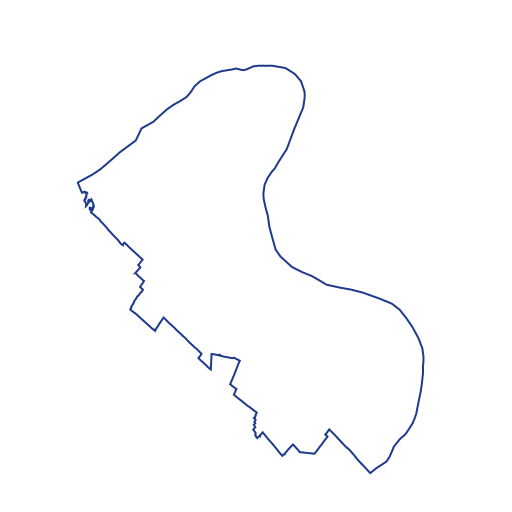 the district of Burila Mare, Mehedinti, Romania, rotated 102°
{"feature_id": "2599482B63119685447246", "entity_name": "Burila Mare", "entity_type": "district", "adm_level": 2, "iso_a3": "ROU", "parent_name": "Romania", "parent_adm1": "Mehedinti", "projection": "robinson", "projection_center": [22.586, 44.474], "detail": "fine", "context": "isolated", "style": "outline", "palette": "blue", "viewbox_px": 512, "rotation_deg": 102, "n_neighbors": 0, "source": "geoboundaries", "source_scale": "gbopen_adm2", "svg_char_len": 5949}
<svg xmlns="http://www.w3.org/2000/svg" viewBox="0 0 512 512"><g transform="rotate(102 256 256)"><path d="M331.8,367.5L332.1,367.2L332.3,367.2L333.4,367.6L333.7,367.7L334.5,367.9L334.7,367.5L335.3,366.4L336.5,363.9L337.1,362.6L337.1,362.3L337.1,362.2L341.3,355.0L342.4,353.1L344.9,348.8L345.2,348.2L346.7,345.7L347.7,343.9L348.1,343.4L349.5,340.8L349.1,340.5L350.2,339.0L349.9,338.9L349.2,338.9L348.2,338.6L342.2,336.4L335.4,333.6L336.0,332.6L336.5,331.7L339.2,327.8L340.0,326.5L340.4,325.5L341.7,323.5L342.5,322.0L343.8,319.9L345.1,318.3L345.4,317.7L345.7,316.9L347.0,315.0L347.8,313.4L348.6,312.2L349.3,311.2L350.4,309.1L350.6,308.9L351.1,307.8L351.9,306.7L352.2,306.4L352.7,305.7L353.0,305.2L353.1,304.9L354.9,302.4L355.1,302.0L355.3,301.5L355.9,300.7L356.3,300.0L356.5,299.5L356.9,298.9L357.2,298.5L358.4,296.5L358.9,295.4L359.2,294.6L359.7,294.0L363.0,288.9L363.3,288.9L364.0,289.2L367.7,291.1L367.8,291.1L368.0,290.8L370.3,287.2L371.2,285.3L371.7,284.8L372.4,283.6L372.7,282.9L373.4,281.7L374.2,280.7L374.8,279.7L375.3,278.9L375.3,278.6L376.4,276.9L376.5,276.6L361.1,279.1L361.0,278.4L360.9,277.1L360.8,271.3L360.2,271.3L360.2,270.7L360.8,270.6L361.0,270.4L361.0,269.6L361.1,265.6L361.0,264.4L361.0,261.5L360.9,258.9L360.8,257.7L360.7,257.1L360.5,256.8L360.2,256.7L360.1,256.4L360.8,253.8L361.8,250.1L364.6,250.7L370.3,251.6L372.6,252.0L376.8,252.7L386.9,254.6L388.5,251.3L390.2,247.5L396.3,248.8L399.6,242.4L400.7,240.0L402.0,237.6L402.8,236.0L404.0,233.6L404.7,232.2L404.7,231.7L407.5,226.0L408.9,222.7L409.9,222.9L411.7,223.4L412.3,223.1L414.9,224.3L415.0,223.7L414.7,223.4L414.8,223.3L415.4,223.4L415.7,222.9L416.2,222.7L416.5,222.3L417.3,222.8L418.2,222.9L418.5,223.1L419.6,221.9L421.6,223.1L422.5,222.0L423.5,221.1L426.4,222.7L427.2,221.6L429.3,219.4L431.2,219.6L432.0,218.7L432.6,218.5L433.2,217.8L433.9,216.9L432.5,216.1L432.0,215.5L431.7,215.3L431.5,215.0L431.6,214.5L431.4,214.5L431.1,215.0L430.3,214.6L427.1,212.7L428.1,211.6L433.1,205.3L434.0,204.1L435.4,202.1L436.1,201.3L436.4,200.6L437.2,199.8L437.9,198.9L441.5,194.4L443.5,192.2L444.9,190.2L445.5,189.6L446.0,188.7L445.3,188.3L444.5,188.1L444.5,187.5L444.0,186.6L443.7,186.4L443.0,186.4L442.5,186.5L442.0,186.2L441.1,185.6L438.8,184.4L435.7,182.5L432.7,180.7L433.3,179.7L436.0,175.8L436.4,175.4L438.7,172.5L438.8,171.9L438.5,170.2L438.1,165.6L437.9,163.2L437.5,160.7L437.3,157.9L437.2,157.6L435.3,156.7L429.1,153.8L426.8,152.6L425.3,152.0L422.4,150.7L417.9,148.5L417.7,148.5L417.5,148.8L416.8,150.0L416.4,151.0L416.1,151.2L415.1,150.6L414.9,150.2L413.6,149.7L410.4,148.3L412.2,145.5L416.0,139.8L420.5,133.5L420.4,133.5L424.3,128.0L424.7,127.4L424.5,127.1L424.8,126.5L427.9,121.8L428.1,121.7L432.1,116.5L432.3,116.6L436.5,110.9L436.4,110.9L436.7,110.4L444.6,99.1L439.6,95.0L437.7,93.4L434.9,90.5L429.9,85.6L424.6,83.6L416.3,81.9L414.3,81.7L411.6,80.4L405.0,77.1L401.0,74.0L398.3,72.3L392.4,70.0L387.2,68.1L383.2,67.3L379.7,66.8L376.4,66.4L375.3,66.5L362.3,66.7L355.4,66.7L347.6,67.1L335.6,68.3L329.4,69.7L324.2,70.3L319.2,71.4L311.9,74.0L302.9,79.8L293.1,88.1L285.5,96.1L278.6,104.4L274.4,113.2L272.1,125.8L269.6,143.9L269.1,156.0L269.5,167.4L269.4,181.1L266.4,189.8L264.1,196.8L262.1,207.8L259.3,218.5L251.5,231.9L245.7,238.1L233.7,244.4L224.6,249.0L214.0,252.9L206.3,256.9L198.9,260.2L193.9,261.7L184.5,262.4L177.4,260.9L170.8,258.3L166.1,255.7L159.5,253.6L144.9,248.1L123.8,245.0L100.9,240.7L92.5,241.2L87.9,241.9L84.8,242.9L75.7,248.3L70.0,255.7L68.6,259.2L66.0,266.4L66.5,279.6L68.1,286.9L69.3,293.0L71.1,298.1L75.5,304.2L76.6,306.2L77.0,308.3L76.7,314.3L78.3,317.7L82.1,327.5L84.4,331.8L88.1,337.0L96.8,347.1L102.8,351.4L109.7,354.1L114.9,357.0L120.6,362.8L125.2,368.1L131.0,373.5L139.0,379.4L145.9,384.2L148.7,387.3L152.0,391.1L155.0,394.5L168.0,397.6L182.8,410.7L192.7,418.0L202.9,425.8L206.6,429.2L211.2,433.9L221.2,445.6L228.5,440.7L230.3,439.3L229.3,438.0L229.6,437.5L229.3,437.1L229.2,436.6L229.1,436.8L228.8,436.7L229.2,436.2L229.2,435.9L229.5,435.6L229.1,435.2L229.1,434.8L229.1,434.5L229.7,434.1L230.0,434.3L230.5,435.1L231.4,434.6L232.2,434.4L232.5,434.6L232.9,434.5L233.0,434.7L234.1,434.2L234.5,434.4L235.0,435.1L236.0,434.7L236.6,435.4L236.9,435.3L237.3,435.3L237.6,435.4L237.6,435.1L237.8,435.0L238.2,434.7L238.6,434.1L241.1,432.4L241.3,432.5L241.3,432.8L241.8,432.8L242.0,432.6L242.4,432.6L242.5,432.6L242.1,432.3L239.4,431.4L238.6,430.9L238.1,430.9L238.1,431.1L237.9,431.3L237.4,431.3L237.3,431.5L236.7,431.7L235.8,431.2L235.7,430.8L236.0,430.8L235.9,430.5L236.1,430.2L236.7,430.2L237.1,429.8L236.7,429.4L236.1,429.0L235.5,429.0L234.8,428.8L235.0,428.6L235.5,428.4L236.2,428.1L237.7,426.8L239.0,425.9L239.6,425.4L239.9,425.3L240.3,425.8L240.7,425.6L240.9,425.3L241.4,424.8L241.9,424.9L241.7,425.3L242.6,425.8L243.1,425.5L243.3,425.2L244.9,425.4L245.0,425.6L245.0,425.9L244.1,427.0L243.3,427.6L243.1,428.1L243.3,428.7L243.7,428.8L244.2,428.6L244.9,428.2L245.8,427.3L246.5,426.4L246.4,426.1L246.6,426.0L247.4,426.2L247.7,426.3L247.8,426.3L247.8,426.0L248.8,424.1L249.9,422.2L250.1,421.8L250.4,421.2L250.6,420.9L250.9,420.6L251.8,418.5L252.0,418.0L252.9,416.7L254.5,414.9L255.8,412.9L256.7,411.8L257.0,411.1L257.7,410.3L259.1,408.3L260.8,406.3L261.4,405.6L262.7,403.6L265.0,400.5L265.4,399.8L265.9,399.1L267.9,396.2L268.2,395.7L269.6,393.6L271.0,392.2L271.8,391.1L272.4,390.3L272.6,389.8L272.7,389.4L272.8,389.2L272.8,388.7L273.0,388.4L272.5,388.4L272.0,388.3L270.8,387.7L270.6,387.6L270.3,387.3L273.9,381.7L283.1,366.2L287.2,368.2L289.3,369.3L289.7,368.9L290.8,367.2L291.0,367.0L291.2,366.8L291.5,366.9L295.0,368.9L296.0,369.5L298.0,370.6L297.9,370.2L298.0,369.9L298.3,369.4L298.5,369.1L299.0,368.4L300.4,366.3L301.1,364.9L302.9,362.0L303.8,360.3L306.1,361.2L307.6,361.8L308.8,362.4L310.2,363.0L310.4,363.0L310.6,362.8L312.4,359.6L315.0,360.4L315.3,361.0L315.6,361.2L319.2,362.8L319.5,363.0L319.8,363.5L320.0,363.5L321.1,364.1L321.7,364.1L326.1,365.9L326.6,366.0L327.1,365.7L327.4,365.8L331.8,367.5Z" fill="none" stroke="#1e3a8a" stroke-width="2"/></g></svg>